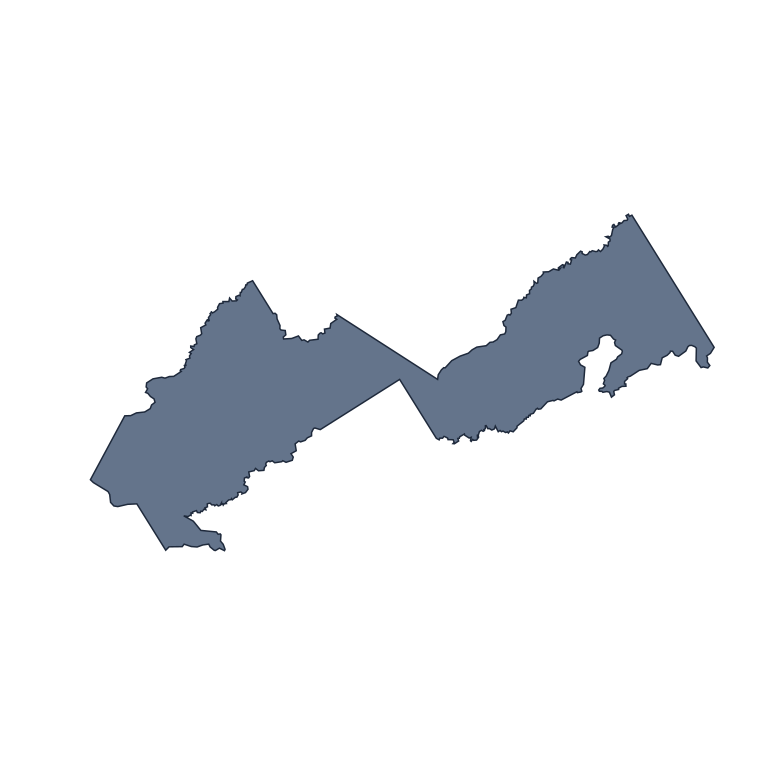 Novo Aripuanã, Amazonas, Brazil (Natural Earth projection), rotated 238°
{"feature_id": "56859067B78656810677763", "entity_name": "Novo Aripuanã", "entity_type": "district", "adm_level": 2, "iso_a3": "BRA", "parent_name": "Brazil", "parent_adm1": "Amazonas", "projection": "natural_earth1", "projection_center": [-60.525, -6.833], "detail": "fine", "context": "isolated", "style": "filled", "palette": "slate", "viewbox_px": 768, "rotation_deg": 238, "n_neighbors": 0, "source": "geoboundaries", "source_scale": "gbopen_adm2", "svg_char_len": 6164}
<svg xmlns="http://www.w3.org/2000/svg" viewBox="0 0 768 768"><g transform="rotate(238 384 384)"><path d="M240.1,683.4L395.8,683.7L396.1,680.9L398.4,681.3L398.5,678.5L394.7,678.1L394.0,676.8L395.4,674.2L394.5,670.9L394.9,669.0L395.7,669.5L396.3,668.7L395.7,667.7L394.9,668.0L394.3,663.7L397.5,663.5L397.5,662.0L396.2,660.6L394.9,662.1L394.0,660.0L389.4,655.6L389.0,653.3L390.5,652.4L391.3,650.2L387.1,652.5L385.5,651.5L385.4,649.4L382.4,647.5L382.2,646.6L383.6,646.4L385.3,644.3L384.2,644.0L382.4,641.1L381.6,637.8L384.1,636.9L383.4,635.3L384.0,633.8L386.7,631.2L386.4,629.4L387.3,628.7L386.0,625.2L386.7,623.0L389.7,621.2L391.1,622.1L392.5,621.1L391.4,616.0L389.5,613.1L391.7,610.2L391.5,608.5L390.7,607.8L389.8,608.8L386.9,605.6L388.5,603.7L389.6,604.5L390.8,603.3L387.2,598.2L387.7,597.8L389.5,599.5L390.6,598.6L390.1,593.4L389.1,592.9L388.6,594.8L387.8,592.5L391.8,588.6L391.9,583.2L394.6,578.4L393.3,577.9L392.1,574.3L392.2,570.8L388.3,568.0L388.5,566.7L391.6,565.6L389.1,564.3L387.8,562.3L388.0,560.4L386.5,559.3L386.3,557.0L383.4,555.3L384.0,552.1L381.7,550.4L383.4,548.5L382.4,547.8L382.1,545.1L383.9,542.4L378.9,536.3L380.1,531.3L376.5,529.5L375.7,527.4L376.8,526.8L377.1,525.0L373.8,520.5L373.9,517.9L370.0,516.7L367.6,517.6L363.8,515.0L362.5,512.9L364.0,508.7L361.7,503.4L361.8,498.7L363.2,495.9L362.3,491.0L366.1,482.3L366.3,476.8L365.4,471.9L367.3,463.4L367.9,453.8L365.3,444.4L366.2,443.3L365.6,440.2L363.1,434.9L359.5,431.9L468.0,380.8L466.5,380.4L466.7,378.0L465.9,377.3L463.9,378.2L463.5,370.9L460.0,367.9L462.1,362.6L458.5,360.9L459.0,358.6L460.8,357.8L461.0,356.5L460.4,354.2L456.9,351.8L460.5,344.1L459.9,341.7L463.8,339.6L464.5,337.4L470.1,336.9L471.5,329.9L475.4,322.7L477.2,323.5L477.7,326.8L481.7,328.6L484.3,325.3L486.1,325.0L488.7,326.8L495.8,327.8L499.6,329.7L501.7,329.1L502.5,327.2L541.2,327.3L542.0,321.6L540.8,320.3L541.3,319.3L539.8,317.9L538.7,315.1L539.3,314.0L537.3,311.5L537.8,310.6L535.1,308.7L536.1,308.0L536.6,304.8L534.7,303.3L533.0,304.2L532.7,303.0L534.8,299.2L538.7,298.6L536.1,296.1L539.3,291.1L537.9,290.4L539.3,287.1L537.2,283.5L535.6,282.7L535.0,278.6L535.2,276.2L537.2,275.8L536.2,275.6L535.9,273.8L534.6,273.6L533.4,270.4L530.4,269.3L530.6,268.4L531.9,269.2L532.1,268.1L530.4,264.5L528.5,264.2L528.9,258.4L523.2,256.0L522.7,254.2L523.4,250.3L522.0,248.4L517.3,246.6L517.7,243.9L516.5,242.8L518.6,240.2L517.3,239.4L514.1,240.8L513.9,235.7L512.0,236.6L510.9,233.9L508.8,233.1L509.6,228.9L508.4,228.8L505.7,225.5L504.5,226.4L505.4,224.5L503.7,224.1L503.1,222.7L504.0,219.2L503.2,218.2L502.1,218.7L501.9,209.7L504.1,205.9L505.0,201.4L507.5,199.1L510.8,190.8L510.7,183.3L507.5,180.7L505.2,181.0L503.2,177.3L501.2,178.8L497.2,179.3L493.2,181.1L489.8,180.1L489.4,175.8L487.0,172.7L487.1,166.2L490.7,158.7L491.4,152.4L494.4,147.3L458.4,84.3L454.4,85.3L439.0,93.0L435.6,92.8L428.5,89.4L423.7,90.3L421.1,93.3L417.8,102.9L413.3,110.9L358.7,110.8L359.8,115.5L353.0,126.7L354.1,129.6L348.3,134.4L344.8,139.2L343.5,145.1L341.1,150.5L337.9,150.2L332.9,151.9L332.1,152.8L332.0,157.4L327.2,160.4L328.0,161.6L333.3,162.7L337.4,162.1L342.5,165.8L343.6,165.7L344.5,163.7L347.4,163.4L356.9,151.1L368.7,149.6L378.3,144.3L375.4,147.6L375.4,150.1L374.7,150.7L376.9,152.1L375.8,153.3L376.9,153.9L376.0,157.9L373.9,157.6L372.2,159.9L373.2,161.3L372.2,162.4L373.2,164.8L371.7,166.3L373.3,166.7L374.0,165.8L373.4,169.2L376.0,170.6L375.8,171.6L375.0,173.4L372.7,173.9L371.7,175.8L370.4,175.9L370.4,178.3L368.4,178.8L367.9,180.7L369.3,183.2L368.0,182.4L367.9,183.8L366.5,183.5L367.1,184.9L366.2,186.9L367.1,186.8L368.0,190.8L367.0,193.0L367.6,193.9L366.2,194.0L366.7,197.8L366.0,199.3L367.2,201.5L369.4,202.3L368.3,205.4L366.7,206.0L366.1,205.3L365.3,209.0L366.8,212.9L369.2,213.9L372.8,211.7L374.4,214.4L375.6,213.9L378.2,215.8L377.8,218.4L377.0,218.2L376.1,219.4L376.8,221.0L381.1,222.7L379.3,228.0L380.5,230.3L376.9,231.6L374.4,236.4L376.6,238.4L377.3,241.0L378.9,241.3L379.9,242.8L379.7,245.5L378.5,246.1L378.1,248.5L375.1,249.6L372.3,256.1L372.6,257.5L369.5,259.4L367.9,265.8L370.1,268.3L374.2,268.2L373.9,274.2L380.3,276.9L380.8,281.4L379.1,282.6L378.0,287.3L379.0,290.5L378.4,295.1L381.3,296.9L383.6,300.7L383.3,302.1L379.1,305.8L379.6,399.7L310.2,399.6L307.4,401.2L308.5,402.7L307.0,405.0L307.8,407.0L307.3,407.6L304.4,409.3L302.9,408.8L300.1,413.1L297.4,412.6L296.9,410.9L296.0,412.0L296.1,417.1L298.7,417.7L298.1,419.1L299.1,420.3L299.0,425.7L297.9,425.3L293.0,427.6L292.6,429.7L290.1,427.3L289.1,427.5L289.9,429.9L288.7,430.2L287.4,432.8L288.7,436.0L289.7,436.4L289.3,435.1L291.1,436.0L290.9,437.2L293.1,439.7L293.1,442.1L291.4,443.0L291.3,444.5L292.4,444.6L292.4,446.3L294.9,447.9L294.6,448.6L291.0,448.4L290.4,449.7L287.8,451.0L287.4,453.9L289.3,456.1L283.0,455.6L283.1,457.8L281.3,458.3L281.0,460.0L278.4,461.4L278.0,463.2L276.5,463.5L277.5,466.1L275.0,468.2L276.4,473.6L277.7,474.4L278.7,483.0L280.0,484.5L278.9,486.1L280.3,487.0L279.3,488.8L280.6,490.1L279.6,491.2L280.8,492.0L280.0,495.2L282.1,499.7L281.6,501.0L282.7,501.2L280.8,501.6L279.8,503.8L282.3,513.2L280.5,518.7L279.6,519.2L279.2,523.3L276.5,525.7L275.2,543.5L274.2,543.4L272.9,546.7L273.0,547.9L275.8,548.7L278.0,553.0L291.7,563.2L296.1,560.8L300.1,561.0L300.9,563.4L300.4,571.6L303.1,573.9L303.3,575.1L301.7,578.9L301.7,584.5L304.6,588.2L308.7,591.1L308.8,595.4L307.5,599.1L305.3,601.9L300.5,602.5L298.5,603.7L297.0,601.5L294.0,600.6L286.6,603.7L285.4,603.4L283.6,601.5L283.2,596.5L281.8,594.3L281.7,587.7L276.3,581.9L273.0,576.6L272.2,573.4L270.1,573.0L267.9,570.1L265.7,570.8L265.0,569.9L264.7,567.3L265.9,564.9L265.1,562.9L263.7,562.8L262.3,564.9L261.0,565.2L259.5,569.0L257.6,570.8L252.3,569.9L252.7,573.7L256.0,574.9L256.3,576.3L255.0,580.1L256.1,580.6L255.9,584.4L253.9,588.0L255.9,589.1L256.6,588.0L258.7,589.4L259.4,593.4L260.5,593.4L260.7,594.7L260.1,597.1L260.3,607.7L257.5,615.4L259.9,621.5L255.1,626.2L253.9,628.7L258.8,633.8L258.3,639.3L259.1,643.2L260.1,644.3L258.8,646.1L254.1,646.2L251.4,648.5L252.0,657.4L254.6,661.5L254.8,663.4L253.7,665.4L250.9,667.4L248.9,667.9L238.2,660.9L229.9,661.6L229.3,663.8L226.0,667.1L227.0,670.1L231.2,669.8L234.8,672.2L236.8,672.4L237.0,677.1L240.1,683.4Z" fill="#64748b" stroke="#1e293b" stroke-width="1.5"/></g></svg>